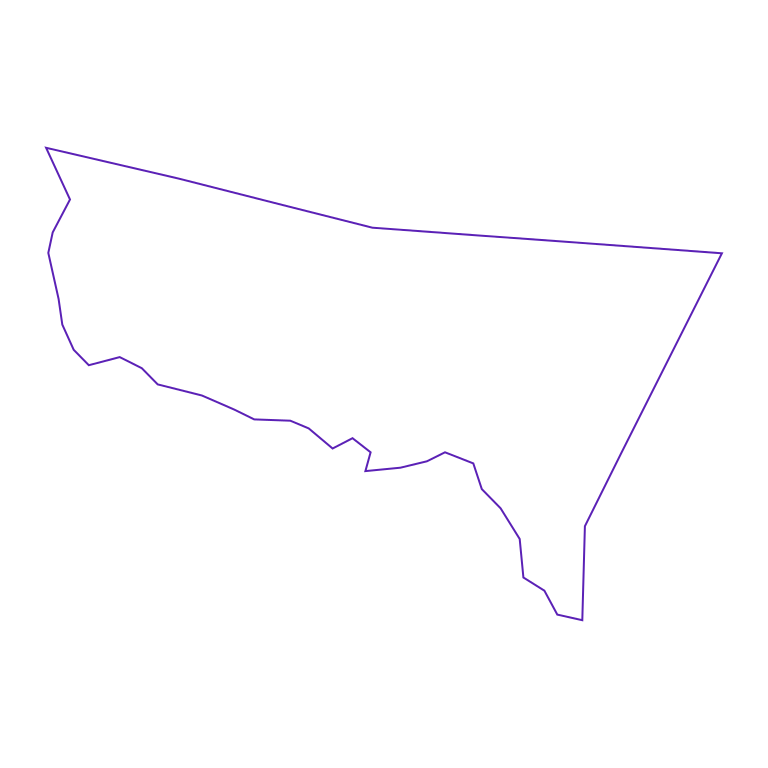 Passa e Fica, Paraíba, Brazil (Natural Earth projection)
{"feature_id": "56859067B33665555253781", "entity_name": "Passa e Fica", "entity_type": "district", "adm_level": 2, "iso_a3": "BRA", "parent_name": "Brazil", "parent_adm1": "Paraíba", "projection": "natural_earth1", "projection_center": [-35.625, -6.449], "detail": "fine", "context": "isolated", "style": "outline", "palette": "violet", "viewbox_px": 768, "rotation_deg": 0, "n_neighbors": 0, "source": "geoboundaries", "source_scale": "gbopen_adm2", "svg_char_len": 598}
<svg xmlns="http://www.w3.org/2000/svg" viewBox="0 0 768 768"><path d="M46.1,147.8L70.0,199.5L52.7,232.4L48.3,252.9L58.6,299.0L62.3,324.6L73.7,349.8L88.8,365.2L119.7,357.1L141.8,368.2L157.7,384.4L201.9,395.5L234.3,409.6L254.2,419.4L290.3,420.7L308.7,428.4L332.6,448.5L352.5,438.2L370.6,452.3L365.4,471.1L400.4,467.7L426.9,461.3L445.0,452.3L473.3,463.4L481.8,489.1L500.6,508.3L519.7,539.0L523.4,577.5L544.4,590.7L557.3,614.6L582.3,620.2L584.9,526.2L621.0,453.6L721.9,253.3L559.5,241.3L477.4,235.4L372.4,227.7L282.5,205.0L178.7,178.6L46.1,147.8Z" fill="none" stroke="#5b21b6" stroke-width="2"/></svg>